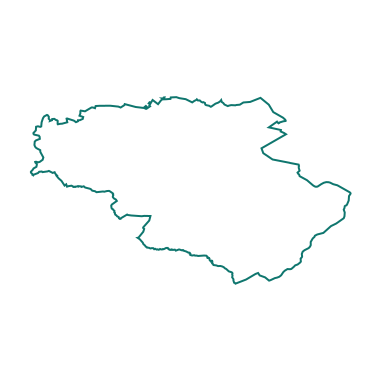 outline of Clane Lea-5, Kildare, Ireland, rotated 172°
{"feature_id": "5873133B16730843557945", "entity_name": "Clane Lea-5", "entity_type": "district", "adm_level": 2, "iso_a3": "IRL", "parent_name": "Ireland", "parent_adm1": "Kildare", "projection": "equal_earth", "projection_center": [-6.848, 53.344], "detail": "fine", "context": "isolated", "style": "outline", "palette": "teal", "viewbox_px": 384, "rotation_deg": 172, "n_neighbors": 0, "source": "geoboundaries", "source_scale": "gbopen_adm2", "svg_char_len": 5048}
<svg xmlns="http://www.w3.org/2000/svg" viewBox="0 0 384 384"><g transform="rotate(172 192 192)"><path d="M347.7,231.3L347.3,231.0L347.0,231.1L346.8,230.7L346.3,231.2L341.9,232.2L340.5,233.3L337.9,233.2L337.3,232.5L332.2,232.5L330.8,232.8L327.3,230.3L325.3,230.7L324.9,229.3L323.4,227.1L323.9,226.9L322.2,224.1L319.7,221.2L317.3,216.1L315.5,217.1L315.0,214.7L313.3,215.0L310.4,215.0L309.0,214.0L308.8,213.5L307.9,213.4L308.0,213.6L306.6,213.4L306.1,213.6L305.2,213.4L304.2,213.7L303.8,213.2L303.3,213.5L301.1,213.0L300.8,212.4L298.4,212.7L297.2,211.3L292.8,209.5L291.9,209.0L290.6,207.2L288.0,206.3L286.6,205.1L280.0,204.9L278.9,204.5L275.9,204.8L273.9,204.6L273.2,204.1L270.6,201.7L270.3,200.9L270.7,200.5L270.5,199.4L271.0,198.8L271.1,198.0L270.3,196.6L268.4,195.1L267.7,193.6L273.2,190.7L273.9,189.7L273.9,187.5L273.7,186.7L272.4,185.6L272.3,185.0L271.4,184.0L271.8,182.8L271.2,182.0L271.4,181.2L271.0,180.1L270.2,179.5L269.5,178.3L268.1,177.4L268.0,176.2L267.2,175.4L266.6,175.4L266.6,175.7L259.4,178.7L258.9,178.2L255.4,177.2L245.1,175.0L242.7,175.0L236.5,174.0L238.3,169.7L245.1,163.9L245.4,163.3L244.5,162.1L245.8,159.4L251.3,154.3L252.2,154.2L250.3,152.5L247.8,148.7L247.4,147.2L245.8,145.3L245.5,144.4L244.2,143.5L244.2,143.2L242.3,142.7L241.1,141.9L239.5,142.0L238.1,141.7L237.4,140.6L236.4,140.9L235.0,139.9L233.9,140.0L233.3,139.5L232.0,139.6L231.6,140.0L230.0,139.3L229.2,139.3L228.7,139.6L228.0,139.3L225.4,140.2L223.9,140.0L223.9,139.6L223.1,139.1L223.1,138.6L222.2,137.9L221.0,137.6L220.9,137.9L220.0,138.0L219.1,137.3L217.0,137.3L216.2,136.2L212.9,136.9L212.5,136.8L210.0,135.6L209.5,135.8L208.7,135.6L208.6,135.1L205.8,133.8L204.6,132.8L202.8,132.2L202.3,131.3L202.7,131.0L202.4,130.7L202.4,129.8L201.5,129.5L200.8,129.1L198.6,129.1L197.9,128.6L196.3,128.4L194.8,127.8L188.8,127.4L186.6,126.9L185.4,125.2L185.9,125.4L186.0,124.8L185.8,124.5L184.2,124.2L183.9,121.8L183.1,121.0L182.3,121.3L181.8,121.1L182.2,120.2L181.7,120.2L181.5,119.9L182.0,118.5L181.3,117.8L180.9,116.7L178.1,115.9L176.5,115.0L174.2,114.8L172.3,114.0L170.9,113.0L170.1,111.9L168.8,111.0L166.6,108.3L164.3,107.2L163.5,106.6L163.2,105.9L163.7,104.6L163.5,103.5L164.1,102.0L163.1,99.8L163.3,98.5L162.9,96.3L162.2,96.0L161.7,95.2L150.6,97.8L140.5,102.0L137.8,102.6L136.6,100.0L131.5,97.3L128.0,93.5L126.4,93.8L121.9,95.2L119.6,95.4L117.4,95.9L115.3,97.1L112.7,100.0L111.0,101.2L108.2,102.4L105.6,101.9L104.3,102.0L101.5,103.8L100.0,105.0L97.5,105.5L94.9,107.0L93.9,107.9L93.7,110.9L92.3,112.1L91.9,113.0L91.9,115.3L90.7,117.5L88.7,118.7L84.3,120.2L82.7,121.5L81.8,122.9L81.4,126.0L78.9,129.2L77.0,130.5L76.4,131.6L73.9,132.5L67.6,133.2L59.1,138.9L53.6,140.7L45.4,144.9L44.4,146.7L43.6,150.5L44.2,153.4L43.3,154.8L42.7,156.7L42.0,157.1L40.9,157.3L40.1,158.2L38.0,161.8L37.1,166.1L35.2,168.3L35.3,169.1L35.9,169.8L47.1,178.4L51.1,180.1L54.0,182.1L55.5,182.7L57.7,183.1L60.2,182.8L62.9,181.8L66.9,179.9L68.5,179.9L69.8,180.5L71.3,181.8L76.5,187.7L83.2,192.7L83.5,194.4L84.4,195.4L84.8,196.5L82.5,198.1L82.9,200.8L82.8,202.2L82.4,202.8L82.6,204.3L90.0,206.8L90.9,207.1L91.2,207.3L107.7,213.0L116.0,220.5L117.1,225.6L90.9,236.1L92.6,237.6L95.8,239.6L95.3,241.0L106.9,245.3L98.1,249.8L97.9,249.2L96.8,248.1L96.4,248.5L95.9,248.3L95.5,248.7L91.6,249.3L89.4,249.3L89.3,249.5L89.6,250.6L91.5,252.9L100.4,259.8L103.8,267.8L111.1,275.7L121.9,273.1L128.7,273.5L132.5,271.8L136.0,272.0L137.0,271.8L141.1,272.6L143.4,272.4L144.6,272.1L147.7,274.1L148.6,275.7L150.0,277.0L150.3,279.0L151.3,278.0L153.4,276.9L156.5,276.2L161.0,273.9L161.6,273.8L163.0,275.0L166.0,276.1L166.7,276.8L166.8,278.4L168.3,279.4L169.0,279.2L170.2,279.9L171.6,281.6L173.4,281.8L174.3,283.1L174.8,282.6L177.0,281.9L179.3,280.7L185.3,284.8L191.5,286.7L194.3,288.1L199.9,288.6L200.4,287.2L205.4,287.5L206.9,287.7L206.1,289.5L206.9,289.5L207.5,288.6L208.6,288.8L208.3,288.5L209.0,287.6L210.0,287.0L213.4,283.7L218.2,288.6L220.1,286.3L221.5,286.8L222.5,285.8L221.2,284.9L222.2,283.6L221.6,282.7L225.2,280.9L225.4,281.2L226.1,280.8L226.4,281.0L224.6,282.2L225.7,283.6L228.3,282.0L235.9,284.0L246.4,288.4L246.9,287.4L250.9,285.6L253.0,286.8L260.9,288.8L271.4,290.2L274.8,290.5L275.5,290.5L276.4,288.5L278.4,289.5L279.7,289.7L286.7,286.8L290.9,288.1L291.3,287.6L291.6,285.4L292.8,283.2L289.3,281.4L290.0,279.6L293.1,278.7L294.9,278.9L295.1,277.9L297.2,277.3L299.0,279.1L305.5,282.2L306.0,282.1L305.8,278.4L311.3,277.7L313.1,277.9L315.4,277.7L315.6,278.1L315.1,281.1L315.5,281.7L316.5,282.1L318.2,283.6L320.3,283.7L320.6,282.6L322.8,282.1L322.5,282.8L323.7,284.5L323.3,286.4L324.2,288.1L324.9,288.5L327.9,287.4L329.3,285.8L331.2,282.0L332.2,277.9L333.2,277.6L335.4,278.5L337.3,278.3L338.1,274.7L340.8,272.5L340.9,271.7L340.3,270.8L335.8,269.1L335.2,267.9L335.3,265.8L339.4,264.8L340.7,263.8L341.5,260.5L341.1,258.8L340.4,257.6L339.3,256.6L336.5,254.6L336.6,252.7L334.4,246.9L335.4,244.7L338.6,243.0L340.3,242.8L342.3,243.7L343.1,243.6L343.0,242.9L341.8,241.3L341.8,240.7L342.6,238.6L345.6,237.4L346.7,236.1L348.7,234.5L348.8,233.6L347.6,232.1L347.7,231.3Z" fill="none" stroke="#0f766e" stroke-width="2"/></g></svg>